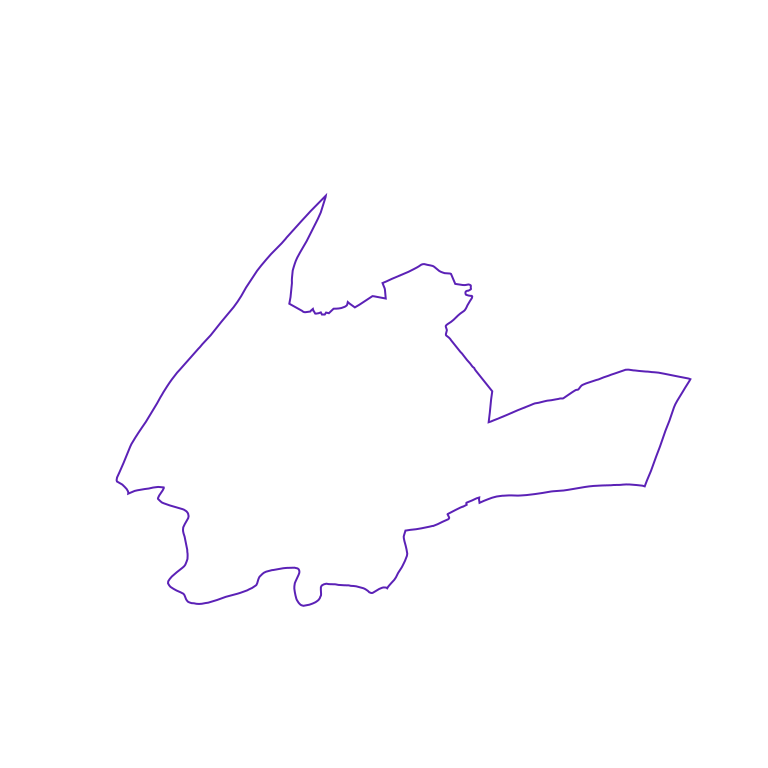 Vung Liem, Vĩnh Long, Vietnam, rotated 247°
{"feature_id": "81297802B24233120148790", "entity_name": "Vung Liem", "entity_type": "district", "adm_level": 2, "iso_a3": "VNM", "parent_name": "Vietnam", "parent_adm1": "Vĩnh Long", "projection": "equal_earth", "projection_center": [106.149, 10.058], "detail": "fine", "context": "isolated", "style": "outline", "palette": "violet", "viewbox_px": 768, "rotation_deg": 247, "n_neighbors": 0, "source": "geoboundaries", "source_scale": "gbopen_adm2", "svg_char_len": 6154}
<svg xmlns="http://www.w3.org/2000/svg" viewBox="0 0 768 768"><g transform="rotate(247 384 384)"><path d="M580.1,404.0L571.9,384.2L566.2,371.6L556.8,351.4L556.1,350.2L553.6,345.0L547.7,330.7L544.5,324.1L541.0,317.2L537.8,311.4L526.7,294.7L520.8,287.0L517.0,281.4L513.5,275.6L504.8,258.6L496.6,243.5L491.7,232.5L489.8,228.8L489.1,227.1L476.8,201.3L475.3,198.0L471.1,190.5L469.0,187.1L466.7,183.6L462.7,177.8L460.8,175.3L459.3,173.2L454.9,167.6L442.2,150.0L438.9,144.8L435.0,138.8L431.8,134.1L427.4,128.0L425.5,125.9L413.0,113.3L406.3,106.2L402.2,101.7L400.0,100.3L398.6,100.1L393.7,103.8L390.6,105.1L387.8,106.1L385.1,106.4L383.7,106.1L383.0,105.7L383.0,112.7L382.5,115.5L380.8,122.7L379.7,126.6L378.9,131.0L377.5,135.9L374.9,140.8L374.3,140.7L372.7,138.9L369.2,133.5L367.5,131.6L367.0,131.2L366.5,131.1L363.6,132.3L361.8,133.2L360.4,134.5L356.0,139.3L347.5,149.7L346.4,150.8L344.0,152.4L342.3,152.9L341.2,153.0L338.7,152.5L337.0,151.3L332.9,145.9L330.5,143.2L328.3,142.0L326.8,141.5L324.7,141.1L321.4,140.8L308.3,138.1L306.2,137.3L304.6,136.9L302.6,136.1L299.7,134.7L297.7,132.9L295.3,130.5L294.3,128.8L293.6,126.7L291.7,119.7L289.7,113.5L288.2,110.5L287.5,109.5L286.7,108.3L284.9,107.3L282.6,107.6L280.9,108.1L280.2,108.5L277.7,110.2L275.0,112.3L271.7,115.4L269.3,117.4L267.8,117.8L266.0,117.8L263.4,117.7L262.0,117.9L260.3,118.4L259.2,119.3L257.5,121.2L256.4,123.4L255.0,125.4L253.8,127.8L252.9,130.4L252.1,134.1L251.4,136.7L250.4,146.0L249.9,155.2L248.4,165.8L248.2,167.2L247.9,170.2L247.5,177.4L247.7,179.7L247.8,182.9L248.6,187.1L248.8,187.9L250.1,189.4L252.8,191.6L254.0,192.7L255.2,194.1L256.7,197.9L257.2,199.8L257.3,202.2L256.4,208.4L256.2,208.8L255.9,210.0L253.8,219.2L252.8,222.4L249.9,229.8L248.0,232.4L246.9,233.0L245.9,233.1L244.9,233.0L243.9,232.6L243.2,232.2L241.7,230.8L236.9,225.5L235.5,224.1L232.9,222.5L230.7,221.5L227.3,220.6L223.9,219.9L220.5,219.4L219.2,219.4L216.1,219.9L214.6,220.4L213.3,221.0L212.4,221.8L211.3,223.2L210.0,229.1L209.8,232.5L209.9,235.7L210.4,238.1L210.9,239.6L212.0,241.3L213.2,242.4L213.9,243.3L215.2,244.0L219.6,245.6L221.6,246.5L222.8,247.9L223.0,249.2L223.1,250.5L222.7,252.9L221.3,255.1L218.6,261.0L216.9,263.5L214.3,268.7L212.4,272.9L211.1,274.7L210.0,277.0L208.6,279.4L205.1,283.9L203.9,285.4L202.4,286.7L199.9,288.3L198.0,289.1L197.4,289.8L197.0,290.1L196.6,290.7L196.4,291.1L196.2,291.7L196.2,292.3L197.2,299.4L197.2,302.3L197.0,303.9L196.2,305.6L195.9,306.2L195.5,306.7L194.7,307.1L195.9,308.8L196.8,310.6L197.9,312.9L199.7,316.9L201.4,319.5L204.5,323.1L208.3,328.7L209.7,330.4L213.0,334.2L216.8,337.9L218.7,339.1L222.9,340.1L226.9,340.8L231.3,341.4L234.3,342.0L235.8,342.5L237.0,343.4L240.7,346.5L240.5,347.1L239.5,351.1L237.8,356.7L236.5,362.2L234.9,370.1L234.4,373.1L234.1,373.8L234.0,378.6L234.3,384.1L234.4,389.6L234.4,390.2L234.5,390.6L234.8,391.2L235.3,391.7L235.9,391.8L239.2,391.6L239.4,391.8L240.1,400.8L240.4,406.0L240.4,407.9L240.4,408.3L240.2,408.5L240.5,412.9L241.9,413.1L242.4,413.4L242.5,413.8L242.4,419.5L242.6,424.5L242.3,427.3L240.7,426.4L237.3,425.5L237.4,430.4L237.3,434.3L237.1,438.8L236.9,440.4L236.4,443.8L234.9,449.3L234.6,450.0L232.7,455.3L231.7,457.7L229.0,463.5L228.1,465.9L226.1,471.7L223.8,479.6L222.9,483.0L221.7,487.6L219.8,495.7L219.2,497.7L215.8,507.7L214.6,512.3L210.7,528.7L209.6,532.8L208.3,537.0L205.3,545.3L202.0,553.7L201.3,555.9L198.8,562.1L198.0,564.7L196.8,568.0L195.6,570.7L192.2,577.2L189.4,582.2L187.9,584.0L192.3,588.2L199.7,595.8L210.9,606.2L218.7,613.7L224.9,619.3L231.1,624.9L238.6,632.3L249.2,641.8L251.5,644.2L254.1,647.5L260.1,655.9L262.8,659.6L267.6,666.5L268.7,667.9L269.6,667.0L270.3,666.1L275.2,658.8L283.8,646.2L287.2,641.1L287.8,640.0L289.1,637.6L290.5,634.8L290.9,634.2L292.2,631.9L293.3,629.6L296.4,623.8L298.4,620.3L299.1,618.9L301.0,615.8L301.5,615.0L302.1,613.6L302.4,612.8L302.7,612.0L303.5,600.5L303.8,597.0L303.9,593.8L304.3,588.8L304.4,583.2L304.6,581.8L304.7,581.2L305.5,571.4L305.6,569.8L305.6,566.8L305.5,565.7L305.3,565.0L304.8,563.9L303.3,561.3L303.0,560.4L303.1,559.9L303.4,558.9L303.5,558.4L303.4,557.1L302.9,554.1L302.4,551.6L302.0,549.5L300.9,544.1L300.8,543.5L300.8,543.0L301.7,540.9L301.9,540.2L302.1,538.7L302.7,536.2L303.7,531.7L304.9,527.6L305.5,524.2L306.3,519.0L307.2,515.3L307.3,513.6L307.3,510.4L307.6,497.1L307.5,484.1L307.6,474.0L307.7,470.7L307.7,467.8L307.9,465.4L316.1,470.1L328.0,476.6L335.0,480.8L360.7,473.6L362.3,473.3L363.5,473.3L364.5,472.7L365.5,472.2L369.2,471.3L373.6,469.8L378.5,468.5L381.6,467.7L383.6,466.9L398.2,462.8L399.4,462.6L401.3,461.9L404.0,460.4L404.4,460.2L405.0,460.2L405.8,460.5L408.8,462.8L409.4,463.0L412.0,463.2L412.7,463.3L413.2,463.5L413.6,464.0L413.9,464.6L414.3,466.1L415.0,470.0L415.9,473.1L418.1,478.8L419.0,481.6L420.0,486.2L420.5,487.4L421.5,488.9L422.5,490.1L423.8,491.5L426.9,495.7L428.3,497.8L428.9,498.6L429.6,499.1L430.1,499.4L430.4,499.4L430.9,499.1L431.3,498.2L432.3,496.5L433.9,494.6L434.3,494.3L435.1,494.3L435.9,494.5L436.7,494.9L437.1,495.4L437.3,495.9L437.3,497.2L436.9,498.1L437.2,500.6L437.4,501.1L437.8,501.3L438.5,501.4L439.0,501.6L440.4,502.3L441.0,502.3L441.3,502.1L441.7,501.8L442.5,500.9L442.7,500.3L443.2,498.0L443.6,496.7L444.4,495.1L448.3,488.7L458.8,488.7L459.1,488.7L459.3,488.5L459.7,488.2L460.0,487.7L461.4,485.0L462.3,483.2L463.4,481.9L464.9,480.3L466.5,479.0L472.3,476.0L473.6,475.0L475.0,473.1L476.8,470.4L478.6,468.0L479.1,466.7L479.2,465.7L479.3,465.2L479.1,464.0L478.7,462.1L478.4,459.8L478.1,456.3L477.7,450.4L477.7,432.3L477.5,426.6L477.5,422.1L474.5,422.0L472.5,422.0L471.3,421.9L470.1,421.6L462.0,419.0L468.6,409.1L469.4,407.7L466.6,392.4L465.9,387.1L471.7,383.6L473.6,382.7L471.3,381.0L470.8,380.2L470.4,378.2L470.6,374.4L471.2,371.9L471.9,369.8L473.0,367.0L470.7,360.9L472.4,358.6L471.1,356.6L472.2,354.0L474.6,353.8L474.7,351.5L475.3,349.0L475.7,348.2L476.3,348.1L478.4,347.9L478.8,347.6L480.9,347.9L480.1,345.4L479.5,344.5L480.8,339.7L481.3,338.7L482.0,337.9L483.3,337.2L494.9,328.2L500.5,331.9L512.9,338.7L515.7,339.8L517.7,340.8L521.0,342.6L524.1,344.3L526.7,346.4L529.4,348.7L531.8,350.9L534.3,353.6L538.1,358.4L545.8,368.7L561.8,387.6L566.6,392.8L578.8,403.2L580.1,404.0Z" fill="none" stroke="#5b21b6" stroke-width="2"/></g></svg>